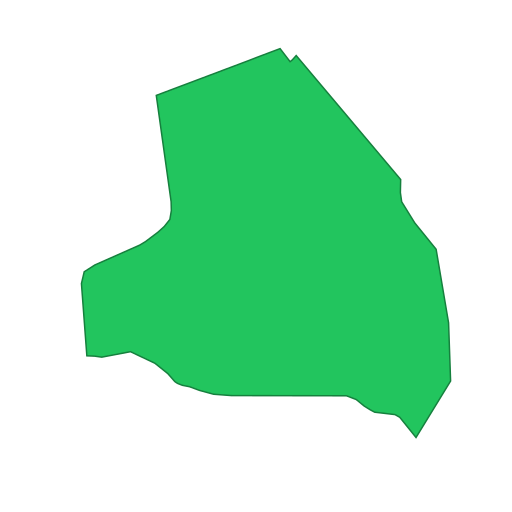 SVG path tracing the border of Ouargla, rotated 262°
{"feature_id": "DZA-2194", "entity_name": "Ouargla", "entity_type": "Province", "adm_level": 1, "iso_a3": "DZA", "parent_name": "Algeria", "parent_adm1": "", "projection": "robinson", "projection_center": [6.675, 30.952], "detail": "fine", "context": "isolated", "style": "filled", "palette": "green", "viewbox_px": 512, "rotation_deg": 262, "n_neighbors": 0, "source": "natural_earth", "source_scale": "10m", "svg_char_len": 902}
<svg xmlns="http://www.w3.org/2000/svg" viewBox="0 0 512 512"><g transform="rotate(262 256 256)"><path d="M428.9,179.6L429.1,180.4L430.9,188.4L432.7,196.4L434.5,204.4L436.3,212.5L438.1,220.5L439.9,228.5L441.7,236.5L443.5,244.5L445.3,252.5L447.1,260.6L448.9,268.6L450.7,276.6L452.6,284.6L454.4,292.6L456.2,300.6L458.0,308.7L443.7,316.8L445.1,319.2L448.9,323.7L311.6,409.9L298.7,407.8L289.4,407.8L266.7,417.8L237.6,435.3L163.0,437.4L105.1,431.3L54.0,389.2L76.3,375.9L79.6,371.6L84.8,351.8L87.8,347.7L92.3,342.3L99.9,335.3L105.0,326.1L121.2,212.2L125.0,194.8L130.7,181.5L135.8,172.0L138.2,165.1L140.5,161.0L141.4,159.8L143.0,158.1L151.8,152.3L163.9,140.9L178.7,118.4L177.3,89.2L179.3,82.2L180.7,74.6L253.0,79.3L264.3,83.7L269.6,95.3L283.0,142.4L285.6,148.5L293.2,162.2L298.0,169.3L304.2,175.8L312.8,178.5L321.6,179.5L428.9,179.6L428.9,179.6Z" fill="#22c55e" stroke="#15803d" stroke-width="1.5"/></g></svg>